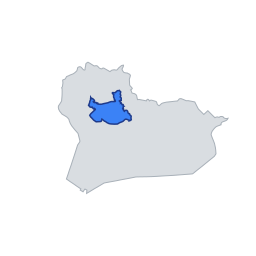 where Sala ad-Din sits in Iraq, rotated 317°
{"feature_id": "IRQ-3052", "entity_name": "Sala ad-Din", "entity_type": "Province", "adm_level": 1, "iso_a3": "IRQ", "parent_name": "Iraq", "parent_adm1": "", "projection": "orthographic", "projection_center": [43.888, 34.578], "detail": "fine", "context": "in_parent", "style": "filled", "palette": "blue", "viewbox_px": 256, "rotation_deg": 317, "n_neighbors": 0, "source": "natural_earth", "source_scale": "10m", "svg_char_len": 6497}
<svg xmlns="http://www.w3.org/2000/svg" viewBox="0 0 256 256"><g transform="rotate(317 128 128)"><path d="M106.8,53.4L108.3,53.0L111.1,50.7L112.7,48.6L113.2,48.4L114.7,49.1L115.7,49.3L118.1,48.5L119.5,49.0L120.7,49.5L121.4,49.6L124.6,50.9L125.4,51.1L127.0,51.3L129.5,51.3L131.0,50.5L132.2,49.6L133.0,49.6L133.7,49.8L134.4,50.2L134.9,50.8L135.2,51.7L135.1,54.6L135.3,55.4L135.7,56.0L136.3,56.1L137.0,55.4L138.1,54.5L139.6,53.5L140.6,52.6L141.3,52.2L142.2,52.3L143.2,52.4L143.7,52.8L143.7,53.0L144.2,54.4L145.5,59.4L146.3,60.1L147.1,60.6L147.7,61.3L147.9,62.1L147.9,63.3L147.9,64.6L148.3,65.7L148.8,66.5L149.2,66.9L149.9,66.9L150.7,67.1L151.2,67.9L153.0,73.6L153.2,74.4L153.9,74.6L155.1,74.5L156.3,75.1L157.6,76.0L158.9,77.7L159.7,78.0L162.3,77.7L165.8,77.9L167.5,78.8L167.3,79.3L166.1,80.0L163.8,80.8L163.2,82.1L162.9,83.7L162.9,84.6L163.5,85.6L165.1,87.5L165.2,88.2L165.6,89.2L165.9,89.9L165.6,91.2L164.1,92.2L162.3,93.2L158.5,97.7L158.3,98.7L158.3,101.3L158.0,102.1L156.7,102.1L155.8,101.9L155.8,102.9L155.2,104.1L154.8,105.2L156.3,107.6L156.6,109.0L156.4,110.2L155.1,112.3L154.3,113.7L154.5,114.0L155.5,114.6L158.8,119.1L159.9,120.7L161.2,120.2L161.7,120.3L162.1,120.5L162.4,121.1L162.4,121.7L162.1,122.8L163.8,123.2L164.5,124.2L166.6,127.7L166.5,128.8L165.6,130.5L165.6,131.6L165.8,132.6L166.1,133.0L169.1,133.0L170.4,133.4L173.6,135.2L177.2,137.9L180.2,140.1L182.7,142.0L185.3,141.7L186.1,142.1L186.8,142.7L187.6,144.2L189.2,147.8L190.6,149.0L192.7,151.8L194.6,154.5L193.5,158.2L192.4,162.1L192.6,167.1L192.7,169.8L195.3,169.8L198.2,169.8L198.3,173.0L198.4,176.2L198.6,179.8L199.5,180.0L200.8,180.7L201.5,181.8L202.2,182.5L203.1,182.5L204.0,183.1L204.9,184.1L205.2,184.9L205.0,185.4L205.2,186.4L205.9,187.7L206.6,188.4L207.8,189.1L206.3,189.6L204.6,189.4L201.0,187.9L199.9,187.9L198.4,188.6L198.3,189.1L194.5,187.5L193.2,187.2L192.7,187.1L190.6,187.2L187.5,187.7L185.7,188.5L184.5,189.3L184.0,190.0L183.8,190.5L182.9,192.7L181.8,195.6L180.7,198.3L178.5,202.0L177.3,203.7L174.7,206.9L171.7,207.6L164.9,207.1L157.3,206.6L149.8,206.0L144.2,205.6L143.7,205.4L138.2,201.0L133.8,197.5L128.3,193.1L122.8,188.5L117.2,183.9L113.2,180.6L108.3,176.3L103.9,172.3L100.4,169.2L95.9,166.4L92.4,164.2L87.4,161.0L83.3,158.5L79.9,156.3L74.6,152.9L72.9,151.9L67.3,150.7L62.1,149.5L56.7,148.4L53.1,147.6L55.6,145.4L54.9,143.3L53.2,143.6L51.6,144.0L50.7,140.8L52.0,140.4L51.0,136.2L50.1,131.8L49.1,127.6L48.2,123.3L52.9,120.8L56.3,118.9L61.2,116.3L65.9,113.7L70.3,111.3L75.1,108.6L79.5,106.1L83.4,105.2L84.2,104.4L86.1,100.9L87.7,98.0L87.8,97.3L87.9,93.0L88.3,88.0L88.9,85.3L89.8,83.0L90.7,81.3L90.8,79.7L90.7,78.0L90.0,75.5L89.2,72.9L89.4,70.4L89.5,69.1L90.1,67.0L91.1,65.4L92.1,64.5L95.7,63.6L97.8,63.0L100.8,60.3L102.5,58.7L104.9,56.2L106.6,54.3L106.8,53.6L106.8,53.4Z" fill="#d9dde1" stroke="#a8b0b8" stroke-width="1"/><path d="M140.9,91.6L142.5,93.2L142.7,93.4L143.1,93.5L143.3,93.4L145.1,93.4L145.7,93.5L147.0,94.5L147.2,94.8L147.3,94.8L147.2,95.2L147.3,96.6L146.5,97.2L146.0,97.5L145.6,97.7L145.4,97.8L145.3,98.0L145.3,98.4L145.3,98.6L145.1,99.0L144.8,99.3L144.5,99.5L144.3,99.6L143.9,99.7L143.6,99.9L143.4,100.0L143.4,100.3L143.5,100.5L143.6,100.8L143.6,101.1L143.3,101.7L143.1,101.9L142.9,102.1L142.6,102.3L142.4,102.6L142.2,102.8L142.1,103.0L141.9,103.2L141.3,102.6L141.1,102.5L140.7,102.4L140.4,102.3L140.3,102.2L140.2,102.2L140.0,102.5L140.0,102.8L140.2,103.5L140.0,103.9L140.1,104.0L140.2,104.3L139.9,104.4L139.7,104.6L139.8,104.6L139.8,104.8L140.0,104.9L140.1,105.0L139.9,105.4L139.9,105.5L140.0,105.7L140.0,105.9L139.9,106.2L139.7,106.6L139.6,106.8L139.6,107.0L139.9,107.3L140.0,107.4L140.3,107.6L140.1,107.8L140.1,108.2L140.1,108.3L139.9,108.4L139.8,108.5L139.8,108.9L139.8,109.0L139.7,108.9L139.4,108.9L139.2,109.0L138.6,109.5L138.5,109.8L138.4,109.9L138.4,109.7L138.2,109.8L138.1,110.0L137.8,110.1L137.6,110.1L137.6,110.3L137.7,110.8L137.4,110.9L137.2,110.9L137.2,111.0L137.3,111.3L137.3,111.6L136.9,111.9L137.0,112.1L136.9,112.5L136.7,113.0L136.7,113.3L136.8,113.3L137.0,113.2L137.5,113.2L137.9,113.2L138.1,113.3L138.9,114.0L139.1,114.2L139.2,114.5L139.2,114.9L139.2,115.3L139.1,115.6L138.6,116.5L138.3,117.3L138.3,117.5L138.3,117.8L138.4,118.0L138.5,118.1L138.8,118.4L138.9,118.5L138.6,119.0L138.3,120.1L138.5,120.6L138.5,121.1L138.3,121.6L137.7,122.1L137.4,122.3L137.1,122.7L136.8,123.0L136.0,124.2L134.8,124.1L134.2,123.8L133.7,123.6L134.2,123.2L133.7,122.4L133.2,121.1L132.9,120.6L132.6,120.3L132.1,119.8L131.6,119.7L128.9,119.7L127.4,119.2L125.5,118.4L123.8,118.1L122.9,117.8L120.7,115.9L118.2,113.3L117.1,111.8L116.3,109.8L116.1,108.8L115.9,107.7L115.5,107.1L115.4,106.6L115.3,105.4L115.0,103.7L113.1,104.8L112.6,104.7L112.0,104.3L108.9,101.7L108.3,98.9L108.3,94.7L108.2,94.5L108.7,92.6L110.5,92.2L116.1,92.2L116.7,92.2L116.8,92.1L116.9,91.9L116.8,91.7L116.9,91.4L116.8,91.2L116.8,90.9L116.7,90.9L116.4,90.9L116.5,90.8L116.5,90.7L116.4,90.7L116.2,90.5L116.2,90.4L116.1,90.2L115.9,90.0L115.8,89.9L115.9,89.5L115.9,89.4L115.9,89.2L116.0,89.1L116.0,88.9L115.9,89.0L115.9,88.9L115.6,88.4L115.6,88.1L115.5,87.9L115.2,87.7L114.7,87.0L114.6,86.9L114.6,86.6L114.5,86.3L114.5,86.2L114.6,85.9L114.8,85.6L114.7,85.4L114.6,85.0L114.5,84.8L114.5,84.7L114.7,84.4L114.8,84.4L115.0,84.4L115.5,84.2L116.1,83.8L116.3,83.7L116.7,83.6L118.6,82.3L119.6,81.9L119.9,81.7L120.2,81.6L120.4,81.5L120.6,81.0L120.8,80.9L121.0,80.8L121.4,80.7L121.5,80.3L121.6,80.2L121.5,80.7L121.5,80.8L121.4,80.9L121.4,81.0L121.5,81.0L121.7,81.4L121.7,81.6L121.7,81.8L121.7,82.0L121.8,82.1L122.0,82.1L122.2,82.5L122.2,82.8L122.3,84.3L122.3,84.6L122.2,84.8L122.2,85.0L122.0,85.3L121.7,85.4L121.4,85.8L121.2,85.8L121.1,85.7L121.0,85.4L120.9,85.2L120.6,85.1L120.5,85.4L120.6,85.6L120.5,85.8L120.5,86.0L120.6,86.3L120.8,86.5L121.2,86.9L121.4,87.1L121.8,87.3L122.0,87.4L122.1,87.7L122.1,87.8L121.9,87.9L121.9,88.0L122.0,88.1L122.0,88.4L121.9,88.6L122.6,88.8L122.9,89.0L122.9,89.3L122.7,89.4L122.6,89.5L122.4,89.6L122.3,89.8L122.4,90.0L122.5,90.2L122.7,90.4L122.8,90.5L123.8,91.6L124.1,92.0L124.5,92.1L124.7,92.4L124.9,92.6L125.3,92.8L126.5,93.4L130.6,95.9L131.8,96.3L133.1,96.9L134.1,97.5L135.4,98.8L136.6,99.8L137.0,99.8L137.3,99.4L137.4,99.2L137.2,99.2L137.1,98.8L137.1,98.6L137.1,98.3L137.2,98.2L137.4,97.9L137.5,97.8L137.6,97.7L137.9,97.2L138.0,97.1L138.1,96.9L138.2,96.7L138.3,96.4L138.3,96.2L138.4,95.9L138.6,95.5L138.9,95.2L139.3,94.7L139.6,94.4L139.8,94.3L140.3,94.0L140.4,93.8L140.4,93.5L140.1,92.7L140.1,92.4L140.2,92.1L140.3,91.9L140.4,91.7L140.6,91.6L140.9,91.6Z" fill="#3b82f6" stroke="#1e3a8a" stroke-width="1.5"/></g></svg>